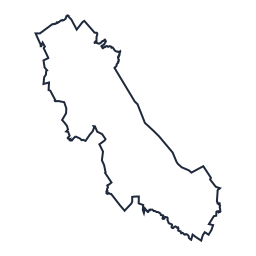 Indé, Durango, Mexico
{"feature_id": "50627088B54774799298388", "entity_name": "Indé", "entity_type": "district", "adm_level": 2, "iso_a3": "MEX", "parent_name": "Mexico", "parent_adm1": "Durango", "projection": "robinson", "projection_center": [-105.025, 25.738], "detail": "fine", "context": "isolated", "style": "outline", "palette": "slate", "viewbox_px": 256, "rotation_deg": 0, "n_neighbors": 0, "source": "geoboundaries", "source_scale": "gbopen_adm2", "svg_char_len": 5518}
<svg xmlns="http://www.w3.org/2000/svg" viewBox="0 0 256 256"><path d="M68.6,15.8L67.7,15.4L67.3,15.4L66.9,16.1L66.5,16.2L66.3,16.3L66.3,16.8L66.1,17.2L66.0,17.8L65.7,18.2L65.5,18.9L64.8,19.3L64.4,19.8L62.9,20.4L62.4,20.1L62.2,20.4L61.8,20.2L61.3,20.5L60.8,20.5L59.9,21.3L59.7,21.5L59.1,21.8L59.0,22.0L58.7,22.0L58.3,22.1L58.2,22.4L57.9,22.7L57.5,22.6L57.3,22.8L57.1,22.7L57.1,22.9L56.9,22.9L56.9,23.0L56.4,23.3L56.4,23.2L56.1,23.3L55.9,23.4L55.7,23.6L55.3,23.6L55.2,23.8L54.4,23.9L54.1,24.1L53.9,24.0L53.6,24.1L53.4,24.1L53.0,24.1L52.7,24.3L52.3,24.2L39.9,33.4L35.6,33.4L37.4,37.5L40.6,44.5L40.7,46.2L41.3,46.2L42.0,44.7L42.0,44.1L42.6,42.6L44.9,46.6L44.0,47.5L43.7,48.2L48.3,57.9L48.3,58.1L43.5,60.4L44.6,67.5L47.1,70.3L46.2,70.9L45.9,74.7L44.2,77.1L43.5,84.0L49.0,82.5L48.6,90.0L50.3,90.7L55.5,100.5L54.9,100.9L55.2,101.2L58.7,101.1L64.2,102.2L66.3,108.3L66.1,113.2L62.1,120.0L64.6,122.8L67.0,126.0L68.0,129.6L66.2,131.5L68.2,132.0L69.6,135.7L68.2,137.6L67.9,137.6L67.7,137.9L67.8,138.3L68.0,138.3L68.1,138.2L68.5,138.3L68.9,138.8L69.3,139.6L69.7,139.4L69.5,139.8L70.1,140.4L70.6,140.1L70.6,139.9L70.6,139.6L70.8,139.7L71.2,140.5L72.0,140.4L72.1,140.0L74.7,137.1L75.7,136.6L79.8,138.4L81.7,140.2L83.1,139.8L85.5,140.9L89.9,134.5L92.7,131.3L93.9,128.0L94.1,127.1L93.6,126.2L94.9,126.3L97.2,131.7L102.1,134.1L105.5,139.1L104.5,140.6L99.4,144.3L103.0,151.6L101.9,160.3L104.1,165.1L105.6,172.5L105.1,172.9L111.5,182.5L109.2,184.4L108.7,184.6L108.5,184.9L107.9,185.0L107.3,185.4L107.2,185.6L107.6,186.1L107.8,186.6L107.8,187.0L107.9,187.5L107.7,188.0L107.2,188.6L106.9,190.3L107.0,190.5L107.4,190.7L107.4,190.8L107.3,191.1L106.5,191.4L106.4,191.6L106.5,192.2L106.4,193.0L106.6,193.2L107.2,193.4L107.4,193.9L108.5,193.6L108.6,193.0L110.6,194.1L111.2,194.0L119.8,205.1L124.6,210.7L131.2,203.7L132.2,201.8L132.2,196.9L134.4,196.6L138.8,196.5L138.7,203.4L143.2,205.0L142.8,209.9L143.9,213.0L144.9,208.4L147.7,212.0L147.8,212.0L148.0,212.0L148.1,211.7L148.4,211.6L148.5,211.3L148.3,211.1L148.5,211.0L148.5,210.7L149.0,210.5L149.5,210.4L149.4,210.2L149.5,209.7L150.4,209.5L151.3,209.7L152.3,209.6L153.3,210.5L153.7,211.0L154.5,210.9L155.2,211.1L156.5,212.0L156.8,212.1L158.0,212.0L160.3,213.4L160.6,213.9L160.7,214.7L160.9,215.1L162.8,215.2L163.0,215.3L163.3,215.5L163.4,215.9L163.4,216.1L162.9,216.8L162.5,218.3L162.7,218.8L163.0,219.0L164.3,218.7L164.7,217.6L165.3,217.0L165.8,217.0L166.0,217.2L167.0,217.3L167.4,217.6L167.7,218.3L167.7,218.8L167.7,219.3L167.4,219.9L168.1,221.5L168.5,222.4L168.5,222.8L169.0,223.2L169.1,223.3L169.4,223.6L170.5,223.8L171.2,224.1L171.9,224.5L172.1,225.6L171.9,225.8L171.5,226.8L171.7,227.5L172.4,228.0L172.8,228.1L173.3,228.0L173.8,227.5L174.2,226.9L175.0,226.5L175.4,226.4L175.9,226.8L176.0,226.8L176.7,227.2L177.1,227.8L177.5,227.8L178.0,227.5L178.1,227.8L178.4,228.3L178.5,228.5L178.5,228.8L178.4,228.9L178.3,229.5L178.2,229.8L178.1,230.2L178.2,230.5L179.2,231.1L179.8,231.2L180.2,231.2L180.6,231.3L180.7,231.5L180.9,232.8L181.0,233.1L181.2,233.3L182.1,232.8L182.5,232.8L183.3,233.3L183.6,233.9L183.9,234.2L184.3,234.2L184.9,234.7L185.5,234.5L185.6,234.3L185.8,234.1L186.2,234.1L187.0,234.5L187.3,234.8L187.6,234.8L188.4,235.6L188.8,236.7L188.8,237.2L188.9,238.0L189.8,238.7L190.6,239.5L191.2,239.8L192.6,234.6L195.9,237.1L201.2,240.6L202.8,235.2L204.8,232.2L208.6,234.7L211.4,230.1L213.1,225.1L208.9,224.1L213.8,216.2L216.2,215.7L216.4,211.9L216.9,211.8L216.9,211.4L217.0,211.3L217.7,211.3L218.1,211.1L218.6,211.3L218.6,211.8L218.8,212.3L219.4,211.8L219.9,212.0L220.3,211.8L220.4,211.6L220.2,210.2L220.1,208.9L219.7,207.3L219.9,206.6L219.8,205.7L220.0,205.3L219.9,205.2L219.6,205.2L219.4,205.0L219.7,203.5L219.6,203.2L219.4,203.2L219.0,203.7L218.6,204.1L217.6,203.5L217.6,202.9L217.4,202.8L217.4,202.6L217.3,201.8L217.2,201.6L216.9,201.4L217.6,191.2L217.5,190.7L218.0,189.7L218.4,189.3L219.4,188.8L220.0,188.2L215.8,186.8L210.1,179.5L210.9,177.8L203.3,166.2L191.4,172.6L189.0,170.4L181.7,167.3L177.9,163.9L176.5,161.8L172.7,152.6L159.1,136.4L154.1,131.4L144.9,122.9L141.3,113.7L137.5,104.2L134.8,101.6L114.5,67.9L114.8,67.4L115.7,66.9L116.5,65.9L116.6,65.4L116.6,64.9L116.6,64.4L117.5,63.3L118.0,62.9L117.9,62.1L118.5,61.7L118.3,61.4L118.4,61.2L118.4,60.8L118.7,60.5L118.7,60.3L118.9,59.8L118.6,59.4L118.3,58.8L118.2,58.6L118.2,58.2L118.0,57.5L118.1,57.3L118.1,57.1L118.7,57.0L118.9,56.6L118.9,56.4L118.6,56.3L118.5,56.1L118.7,55.8L118.8,55.6L118.9,55.3L119.3,55.1L119.2,54.8L119.5,54.5L119.4,54.2L119.7,53.6L119.6,53.3L119.4,52.9L120.1,52.1L120.3,51.4L120.2,51.2L119.7,51.8L119.0,51.9L118.1,51.7L117.5,51.8L117.2,51.5L116.4,51.4L116.0,51.3L115.5,51.0L114.7,50.4L114.1,49.5L113.8,49.1L113.8,48.9L112.7,47.5L112.4,47.4L112.0,47.5L111.5,47.4L111.4,47.5L111.3,47.3L111.3,47.1L111.2,46.7L110.7,46.4L110.2,46.3L109.7,46.4L109.2,46.2L108.5,46.6L108.1,46.8L107.2,46.1L106.3,46.1L106.0,46.3L105.8,46.6L105.5,46.6L105.2,46.6L105.0,47.1L104.8,47.2L104.5,47.3L104.1,47.1L103.7,47.2L103.0,48.1L102.7,47.9L102.5,48.0L101.4,46.2L102.1,45.6L104.0,44.5L105.8,41.6L105.8,41.2L105.4,40.2L104.9,39.6L104.5,39.7L104.2,40.3L103.9,40.7L103.5,40.8L103.2,41.0L102.8,41.0L102.4,41.1L101.6,42.0L101.4,42.5L100.5,42.8L100.0,43.3L99.6,43.3L99.4,43.6L99.1,43.7L98.0,43.4L97.7,43.4L97.4,43.1L95.9,42.7L95.6,42.7L94.7,42.9L94.6,42.4L95.6,41.2L95.8,41.1L96.3,41.2L96.5,41.2L96.5,37.2L97.0,35.2L97.2,34.9L97.3,34.0L97.2,33.4L97.0,33.0L96.7,32.8L96.4,32.7L95.6,32.8L95.2,32.7L94.6,32.7L94.3,32.5L94.2,32.2L84.3,20.9L82.6,22.0L76.7,29.6L71.4,19.6L68.7,16.8L68.6,15.8Z" fill="none" stroke="#1e293b" stroke-width="2"/></svg>